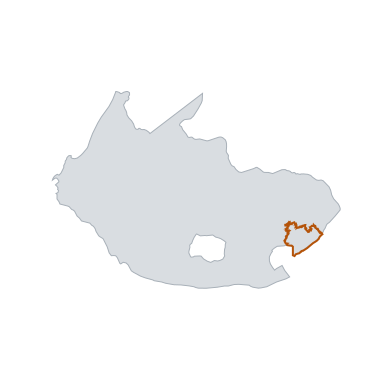 location of Ehlanzeni, Mpumalanga, South Africa, rotated 54°
{"feature_id": "47623444B37290189898198", "entity_name": "Ehlanzeni", "entity_type": "district", "adm_level": 2, "iso_a3": "ZAF", "parent_name": "South Africa", "parent_adm1": "Mpumalanga", "projection": "robinson", "projection_center": [30.857, -24.99], "detail": "fine", "context": "in_parent", "style": "outline", "palette": "amber", "viewbox_px": 384, "rotation_deg": 54, "n_neighbors": 0, "source": "geoboundaries", "source_scale": "gbopen_adm2", "svg_char_len": 7547}
<svg xmlns="http://www.w3.org/2000/svg" viewBox="0 0 384 384"><g transform="rotate(54 192 192)"><path d="M260.0,79.3L268.3,78.1L272.0,78.8L276.5,80.7L280.7,81.4L287.8,80.7L290.2,81.1L292.2,81.7L293.6,82.7L295.6,90.4L297.3,98.6L297.3,101.2L297.5,102.2L299.6,105.7L300.3,107.8L301.5,109.6L304.1,118.3L304.4,119.8L304.3,140.9L303.3,143.5L303.7,146.8L302.5,147.2L295.5,143.0L294.2,143.2L292.3,144.7L290.4,147.2L289.6,149.3L286.0,155.0L285.8,158.6L286.1,161.7L287.3,161.8L288.1,164.1L290.0,167.6L293.3,169.9L296.3,170.9L300.5,171.2L303.8,171.1L303.6,168.7L304.4,162.3L309.9,163.1L318.1,162.9L317.5,167.0L314.5,176.5L312.6,187.2L310.1,192.6L308.8,194.8L304.8,198.7L302.7,200.0L301.0,200.5L294.2,208.4L291.6,212.3L289.4,217.9L287.2,220.9L283.9,227.5L278.2,237.1L273.4,243.5L271.2,245.3L269.8,246.1L266.0,249.8L260.6,255.7L256.5,261.0L250.4,266.9L246.9,269.5L241.6,274.7L240.1,275.4L234.1,280.2L229.8,283.1L222.9,286.4L220.1,287.4L213.5,286.5L210.7,287.0L208.4,289.0L208.3,291.9L207.3,292.3L201.2,291.0L198.7,291.2L197.3,292.8L196.1,294.7L192.6,294.8L186.4,292.8L179.0,291.6L177.4,291.4L173.8,292.9L172.6,293.2L167.5,292.8L164.6,291.9L161.8,291.9L159.8,292.7L157.2,292.9L150.5,298.4L146.9,298.4L143.9,299.1L138.5,298.3L136.9,298.7L135.3,299.6L131.6,300.0L130.2,300.9L124.1,305.9L121.6,305.3L118.3,305.3L114.6,302.6L113.2,302.8L113.5,302.0L113.6,300.6L112.3,299.1L110.8,299.2L110.0,298.0L107.8,297.9L106.0,298.3L105.5,293.7L104.6,293.2L102.4,293.1L101.4,293.3L100.9,293.7L100.3,294.7L100.4,298.0L99.6,297.0L98.7,295.1L98.3,293.0L98.5,290.6L100.2,289.7L99.6,286.6L96.8,281.3L95.2,280.2L93.8,277.4L92.5,276.4L91.9,274.5L90.7,273.0L90.2,270.6L90.8,269.2L91.8,268.4L92.9,269.6L94.3,269.2L96.1,267.4L97.1,264.8L97.0,260.5L96.6,257.9L94.9,251.0L94.1,249.5L90.5,244.6L86.2,238.0L80.8,227.7L78.1,221.4L74.0,208.9L70.6,201.8L66.4,195.2L65.9,194.7L66.5,193.9L68.5,192.4L69.5,192.0L70.0,192.2L70.5,191.8L71.0,190.7L71.2,188.4L72.2,185.9L73.0,184.9L74.9,184.2L76.3,185.1L77.0,186.0L77.3,187.2L77.9,187.8L78.9,187.7L79.7,188.5L80.1,190.0L80.1,191.1L79.5,191.7L79.6,192.6L80.4,193.7L81.3,196.2L85.2,197.4L87.3,197.6L89.4,198.2L91.4,199.3L94.6,199.6L99.0,199.0L102.7,199.3L105.6,200.3L107.7,200.5L108.9,199.8L109.5,198.9L109.3,197.6L109.9,196.8L111.3,196.5L112.4,195.5L113.3,194.0L115.3,192.7L118.4,191.7L120.0,191.7L118.4,125.5L124.1,130.1L125.5,132.2L128.4,138.4L131.4,146.1L131.9,149.7L131.8,150.5L129.0,155.6L129.0,158.0L129.4,160.9L130.1,162.4L131.0,162.9L133.0,162.1L136.1,162.9L142.0,162.6L144.9,163.0L145.7,162.7L146.3,162.1L147.1,160.4L147.7,159.8L150.5,159.0L151.7,158.0L153.6,154.6L159.3,150.0L160.0,148.9L163.5,137.8L164.6,136.2L166.2,135.2L169.4,134.4L171.3,134.8L173.4,135.8L175.7,137.4L179.2,140.4L180.4,140.8L183.8,141.0L186.0,142.9L192.5,144.3L194.3,144.2L196.3,143.1L199.6,143.2L203.2,142.4L205.3,140.5L209.3,128.4L209.8,125.7L210.2,125.0L213.6,123.6L217.7,122.6L218.6,122.0L221.1,118.7L224.5,115.9L226.8,106.2L228.3,103.9L229.2,103.0L229.8,103.0L230.7,102.4L231.8,101.2L233.1,100.4L234.7,100.2L235.7,99.4L236.1,98.1L236.9,97.4L238.1,97.5L238.7,97.1L238.9,96.2L241.4,94.1L241.4,93.3L242.9,91.2L245.7,88.0L248.4,86.2L250.9,85.8L255.5,84.2L257.1,82.6L258.2,80.5L260.0,79.3ZM252.9,222.0L257.0,220.3L260.0,218.2L260.6,214.2L262.9,211.8L263.8,209.6L264.4,206.5L263.0,203.2L261.1,202.3L257.7,199.5L256.2,197.6L254.1,196.0L252.6,194.1L250.3,194.7L246.6,196.2L244.4,197.7L242.5,199.3L239.0,200.5L235.9,205.9L234.8,207.1L232.4,211.0L228.7,212.9L228.7,213.6L229.9,216.8L231.6,219.9L233.4,222.5L233.3,224.1L233.9,225.3L235.5,226.2L238.2,229.4L239.5,230.4L243.6,231.2L244.2,231.0L245.3,229.1L245.4,227.7L248.1,223.6L249.2,222.3L252.9,222.0Z" fill="#d9dde1" stroke="#a8b0b8" stroke-width="1"/><path d="M302.8,111.3L302.3,111.3L302.2,111.3L301.9,111.3L301.8,111.5L301.7,111.5L301.5,111.4L301.4,111.4L301.2,111.2L301.0,111.3L300.9,111.3L300.8,111.5L300.7,111.5L300.5,111.8L300.5,112.0L300.5,112.4L300.4,112.4L300.3,112.5L300.2,112.6L299.8,112.6L299.7,112.6L299.6,112.4L299.5,112.2L299.4,111.9L299.2,111.8L298.9,111.9L298.7,112.0L298.5,112.3L298.4,112.5L298.2,112.5L298.1,112.4L298.0,112.2L297.9,112.2L297.6,112.2L297.5,112.3L297.5,112.5L297.4,112.5L297.2,112.5L297.0,112.3L296.9,112.3L296.8,112.2L296.7,112.2L296.4,112.1L296.2,112.1L296.1,111.9L295.9,111.9L295.9,112.0L295.9,112.3L295.8,112.5L295.7,112.5L295.4,112.7L295.3,112.8L295.2,112.8L295.2,112.7L294.9,112.6L294.7,112.8L294.4,112.9L294.2,113.0L293.9,113.0L293.8,112.9L293.7,112.9L293.5,113.0L293.3,113.2L293.2,113.3L292.9,113.2L292.9,112.9L292.8,112.7L292.7,112.6L292.5,112.4L292.4,112.3L292.2,112.2L291.8,112.2L291.7,112.3L291.7,112.5L291.4,112.7L291.4,112.8L291.1,112.9L290.9,112.8L290.7,112.8L290.3,113.0L290.2,113.0L290.4,113.2L290.9,113.2L290.9,113.7L290.6,113.7L290.7,114.2L290.3,114.5L289.8,114.9L289.9,115.7L290.0,116.4L290.0,117.1L289.9,117.3L290.7,117.4L291.4,117.3L291.6,117.2L292.2,117.0L292.3,117.2L292.6,117.8L292.8,118.1L291.6,118.3L291.6,119.4L292.2,119.2L292.5,119.7L293.0,120.5L292.6,121.6L292.3,121.6L291.7,121.6L290.8,121.7L290.6,121.8L290.4,121.8L289.9,121.8L289.1,121.9L288.4,122.0L288.4,120.9L287.7,121.0L287.1,121.2L286.4,120.8L286.0,120.6L285.7,120.3L285.3,119.8L284.9,120.5L284.9,121.4L284.9,121.9L284.9,122.5L284.4,122.1L284.1,122.8L284.6,123.6L284.7,124.2L284.2,124.7L284.1,124.8L283.4,124.8L283.4,125.2L283.9,125.5L283.7,126.2L283.4,126.9L283.2,126.7L283.0,127.3L282.6,127.5L282.6,128.1L282.3,127.7L282.0,127.8L281.3,128.0L281.3,128.3L281.2,128.7L280.9,128.3L280.6,128.0L280.4,127.1L280.2,126.9L279.6,126.8L279.6,127.0L279.8,127.2L279.7,127.2L279.1,126.8L279.1,127.1L279.1,127.3L279.0,127.5L278.5,127.3L278.4,127.3L278.4,127.5L278.4,127.4L278.4,127.5L278.3,127.4L278.2,127.2L277.4,127.1L276.7,127.0L276.3,128.2L276.2,129.0L276.2,129.4L276.4,129.4L276.4,129.5L276.6,130.0L276.1,130.1L275.9,130.1L275.9,131.2L275.8,131.8L275.5,131.7L275.0,131.8L275.0,131.5L274.5,131.0L274.0,130.7L274.0,131.1L273.3,131.2L273.5,131.8L273.7,132.2L273.7,133.7L273.8,133.7L273.7,134.1L273.6,134.6L273.7,135.7L273.5,135.9L274.0,136.2L274.7,135.2L274.9,134.9L275.2,134.5L275.2,134.3L275.3,134.3L275.5,133.9L275.4,133.9L275.5,133.6L275.5,133.4L275.8,133.8L275.8,134.0L276.3,134.4L276.4,134.5L276.5,134.5L276.5,134.8L276.6,135.0L276.6,134.9L276.7,135.1L276.5,135.3L276.6,135.5L276.8,136.0L277.1,136.1L277.1,135.9L277.5,136.0L277.4,136.4L277.3,137.0L277.4,136.9L277.1,137.3L277.3,137.6L277.5,137.8L277.7,138.1L277.9,137.7L278.3,137.6L278.8,138.1L279.0,138.4L279.6,137.6L280.1,137.2L279.8,136.4L280.2,135.9L280.5,135.8L280.4,136.4L280.5,136.5L280.6,136.9L280.7,137.0L281.0,137.7L281.0,137.9L281.3,137.7L281.5,138.1L281.8,138.0L282.0,138.0L282.3,138.2L282.2,138.5L281.9,139.2L282.0,139.5L282.4,139.6L282.5,139.6L282.8,139.5L283.0,140.2L283.4,140.9L283.3,141.0L283.1,141.1L283.0,141.4L283.9,141.7L283.6,142.4L284.9,142.9L284.9,143.0L284.9,143.5L285.0,143.8L285.2,144.0L285.2,144.4L285.4,144.5L285.5,144.9L285.5,145.0L285.9,145.1L286.2,145.2L286.3,145.3L286.3,145.9L286.2,146.0L286.7,146.2L287.2,146.2L287.9,146.3L288.6,146.4L288.8,146.1L289.3,145.6L289.7,145.2L289.7,145.5L289.7,146.0L289.9,146.2L291.0,146.2L293.1,144.1L293.9,142.9L295.5,142.5L297.4,143.9L298.4,144.6L302.5,147.6L304.1,146.7L303.4,144.7L304.2,142.1L304.5,141.7L304.6,141.2L304.6,140.8L304.5,140.1L304.5,139.0L304.2,139.0L304.2,138.7L304.2,138.4L304.2,138.1L304.2,137.8L304.4,137.4L304.7,136.5L304.8,136.5L304.8,136.4L304.9,135.1L305.0,133.9L305.0,132.9L305.1,131.9L305.0,130.7L304.8,128.2L304.5,124.0L304.7,121.9L304.8,119.7L304.4,117.0L304.3,116.9L303.2,114.8L302.8,111.6L302.8,111.3Z" fill="none" stroke="#b45309" stroke-width="2"/></g></svg>